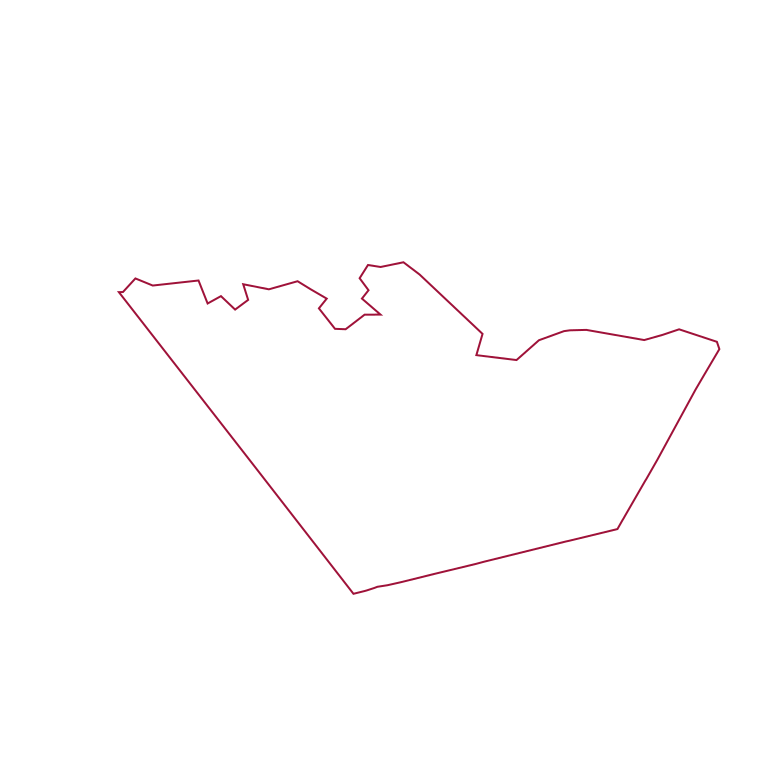 Marlboro, South Carolina, United States of America (Equal Earth projection), rotated 119°
{"feature_id": "52423323B54358685786571", "entity_name": "Marlboro", "entity_type": "district", "adm_level": 2, "iso_a3": "USA", "parent_name": "United States of America", "parent_adm1": "South Carolina", "projection": "equal_earth", "projection_center": [-79.706, 34.552], "detail": "fine", "context": "isolated", "style": "outline", "palette": "rose", "viewbox_px": 768, "rotation_deg": 119, "n_neighbors": 0, "source": "geoboundaries", "source_scale": "gbopen_adm2", "svg_char_len": 970}
<svg xmlns="http://www.w3.org/2000/svg" viewBox="0 0 768 768"><g transform="rotate(119 384 384)"><path d="M582.3,309.0L574.3,300.4L573.1,299.2L572.9,299.0L567.0,293.5L564.6,291.5L558.3,283.4L549.4,273.4L525.7,247.9L524.7,246.8L514.7,235.9L496.7,216.3L490.8,210.2L433.5,148.5L431.4,146.1L397.7,109.5L387.2,109.4L385.5,109.3L383.3,109.3L341.4,108.6L340.7,108.5L317.9,108.2L317.2,108.2L237.8,108.8L220.8,108.4L191.4,107.6L191.2,107.6L190.9,107.6L185.7,113.3L193.1,152.4L205.8,164.0L219.4,177.7L238.6,233.3L246.9,247.4L250.5,252.2L270.6,269.7L298.8,279.7L314.0,317.2L292.4,322.1L271.0,405.9L268.1,426.0L283.3,443.7L287.7,455.7L303.3,456.6L309.5,443.0L320.0,444.7L325.0,420.7L332.8,434.6L354.7,444.1L359.5,453.6L349.4,477.6L337.1,475.5L336.7,494.3L336.0,509.4L357.0,530.6L365.0,555.5L376.3,543.6L391.1,550.3L386.2,569.2L399.1,577.3L383.4,596.4L410.0,634.0L412.2,652.6L430.1,656.9L432.2,660.4L517.9,459.4L582.3,309.0Z" fill="none" stroke="#9f1239" stroke-width="2"/></g></svg>